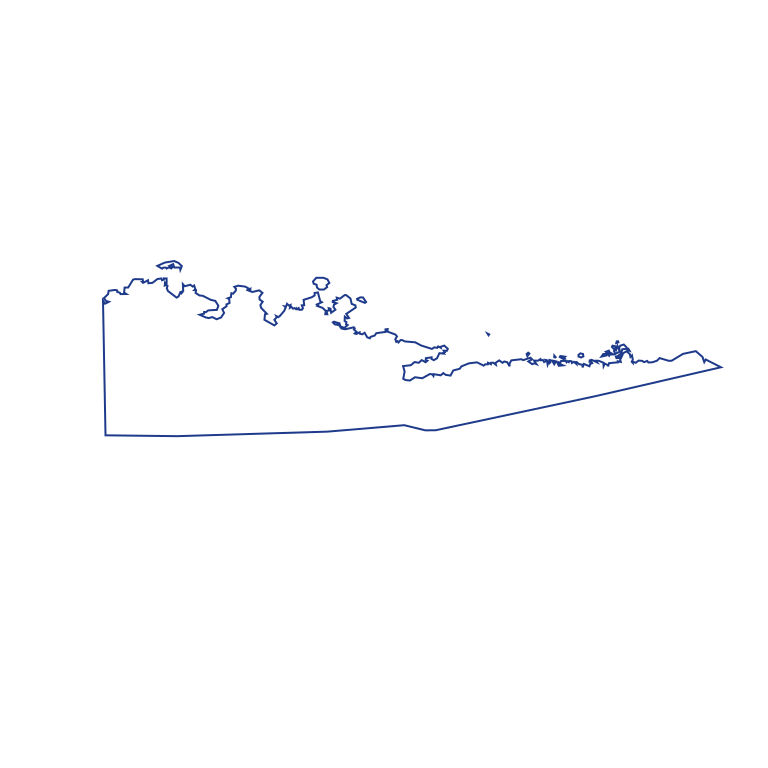 East AreAre, Malaita, Solomon Islands, rotated 299°
{"feature_id": "97153195B49171741806918", "entity_name": "East AreAre", "entity_type": "district", "adm_level": 2, "iso_a3": "SLB", "parent_name": "Solomon Islands", "parent_adm1": "Malaita", "projection": "natural_earth1", "projection_center": [161.264, -9.266], "detail": "fine", "context": "isolated", "style": "outline", "palette": "blue", "viewbox_px": 768, "rotation_deg": 299, "n_neighbors": 0, "source": "geoboundaries", "source_scale": "gbopen_adm2", "svg_char_len": 6180}
<svg xmlns="http://www.w3.org/2000/svg" viewBox="0 0 768 768"><g transform="rotate(299 384 384)"><path d="M204.1,165.3L238.1,228.4L314.9,357.6L357.8,421.7L363.5,442.6L368.6,451.6L475.5,574.4L562.0,670.6L561.4,653.5L558.4,653.5L562.1,649.4L563.9,640.8L555.3,630.9L543.8,624.3L542.3,621.7L540.3,612.5L536.8,611.5L533.2,608.3L531.0,604.8L531.8,603.0L529.2,600.9L529.4,598.6L527.9,595.3L524.6,593.9L524.2,590.5L523.1,591.3L523.5,589.9L525.9,589.8L529.3,587.0L527.2,586.4L529.3,584.6L530.2,580.3L525.8,577.6L525.4,578.5L519.7,578.8L518.1,580.4L517.2,577.5L516.4,578.1L511.3,570.7L508.1,571.5L509.0,570.7L508.9,567.2L506.1,567.4L509.0,565.5L508.4,560.4L507.1,558.1L506.2,559.9L505.8,553.8L504.4,552.5L503.1,553.0L503.9,554.6L503.2,556.0L501.4,554.6L499.1,555.1L498.5,549.1L494.8,549.7L497.0,548.1L495.9,544.8L496.6,541.8L496.0,540.9L494.9,542.1L495.5,539.4L493.5,538.2L494.8,537.0L493.9,534.8L492.7,535.0L492.8,533.2L491.5,533.0L492.3,531.7L490.0,527.7L488.2,527.8L488.4,528.8L487.8,526.5L486.7,527.0L487.1,531.5L484.7,528.1L487.4,524.1L486.7,521.7L485.7,523.3L483.8,523.3L485.9,519.9L485.4,517.5L483.6,519.0L482.6,518.7L483.7,517.2L480.3,517.7L483.8,514.9L483.4,513.7L482.9,514.7L480.8,513.4L482.0,511.3L480.7,509.5L481.6,508.7L479.1,507.4L477.2,503.9L475.3,507.7L475.0,505.5L473.2,504.0L473.7,499.3L477.4,501.5L478.0,499.3L472.4,494.2L472.2,492.0L466.4,483.9L462.7,483.9L460.4,485.3L462.8,481.1L462.0,478.3L460.0,477.4L460.5,473.3L456.5,471.3L455.1,472.5L455.6,469.2L454.3,467.2L453.1,467.8L453.0,464.7L451.6,465.3L450.2,462.9L448.4,462.3L448.0,454.8L443.2,448.2L437.0,443.2L434.0,442.8L429.4,438.0L423.6,438.1L421.9,433.4L422.3,430.6L419.1,429.4L416.7,422.7L415.0,423.3L415.8,421.4L415.0,419.3L407.6,414.7L404.9,407.8L399.6,405.0L397.9,400.9L397.9,398.3L404.9,396.0L408.9,392.0L413.5,398.4L418.0,400.1L419.4,404.1L423.2,405.4L423.2,409.8L425.4,410.7L425.3,408.8L426.9,408.1L430.4,412.7L429.0,413.4L429.0,416.0L432.2,417.9L437.8,417.5L439.5,421.5L439.8,420.6L441.2,421.8L442.1,420.1L443.5,422.9L445.7,422.8L446.8,418.1L444.1,415.6L443.2,416.2L443.1,413.1L441.4,413.0L440.5,410.3L437.9,408.9L435.7,397.9L435.6,391.1L431.4,381.7L431.2,378.5L430.4,377.2L427.3,376.5L428.0,375.0L426.8,374.3L428.6,372.2L431.9,372.3L432.8,369.9L431.5,361.6L433.8,360.6L432.5,358.8L430.3,360.1L424.7,352.6L421.9,352.4L418.7,349.4L417.1,349.4L416.7,346.7L419.4,342.2L416.9,340.9L416.3,338.6L417.4,337.7L414.3,335.5L414.0,333.9L416.3,334.7L417.1,331.2L418.5,331.4L419.0,330.1L413.1,323.6L411.9,319.9L413.7,316.1L412.3,312.0L413.1,309.4L414.2,310.0L415.5,315.7L413.2,317.8L413.9,322.2L417.9,323.6L417.8,321.9L419.9,321.1L420.0,319.0L423.9,317.1L423.4,319.9L424.8,321.4L427.0,317.0L437.2,322.2L438.9,320.9L438.4,316.9L442.5,313.2L443.4,307.9L442.7,306.5L437.3,304.1L436.6,300.8L434.9,302.2L431.9,299.0L430.8,299.4L431.6,303.3L429.1,301.8L426.9,302.4L425.4,305.5L420.7,303.2L423.9,300.7L423.5,298.9L421.8,300.5L420.1,298.2L417.5,300.6L416.6,298.8L419.7,297.7L420.8,293.4L419.9,287.7L420.9,288.0L421.1,286.8L425.4,290.0L425.6,288.0L432.0,281.8L430.0,279.2L427.8,280.4L424.8,278.7L418.6,272.9L414.2,276.0L413.0,274.0L410.9,276.4L409.2,276.2L407.8,273.9L409.0,272.6L407.5,272.0L407.8,270.7L406.8,270.7L407.0,269.0L405.8,267.9L406.6,265.6L405.1,264.8L407.8,263.9L406.5,262.9L407.1,260.3L404.1,260.8L403.7,259.6L403.4,260.8L399.7,261.3L392.8,259.9L391.3,259.2L391.2,256.8L390.4,257.9L387.0,257.0L385.0,260.8L382.1,259.7L382.2,248.3L387.3,246.1L388.6,247.5L391.1,239.4L393.2,237.6L397.2,238.0L397.6,234.2L399.8,232.8L404.8,233.5L405.4,229.4L400.7,224.3L400.3,222.0L402.2,221.1L400.1,220.4L399.9,218.9L401.9,219.1L401.9,215.4L399.3,208.8L396.4,206.0L395.5,208.4L393.7,209.1L389.9,208.3L389.4,206.5L385.7,208.0L383.2,205.8L383.3,207.4L380.0,209.6L377.2,207.6L375.6,208.6L371.1,206.3L368.6,209.7L363.1,209.2L359.5,206.2L359.3,201.4L356.7,198.8L355.8,195.9L355.2,189.2L358.3,192.5L359.8,191.8L360.5,193.4L363.2,194.6L367.8,201.9L372.1,201.2L374.9,196.2L373.6,191.6L373.3,182.8L372.0,179.7L372.3,175.1L374.9,174.1L374.2,172.6L375.5,173.0L378.1,170.2L376.5,169.5L376.9,166.5L372.9,162.3L373.8,159.7L368.0,163.3L366.2,162.0L366.1,163.1L364.9,162.8L365.3,161.5L360.8,161.8L359.0,160.7L360.6,150.0L362.4,147.6L364.9,147.1L365.2,145.8L363.8,144.5L366.4,143.4L365.8,145.1L366.6,145.1L370.9,142.7L369.6,140.2L368.6,140.8L367.1,139.6L368.3,138.0L365.9,134.9L360.3,132.5L357.9,129.1L360.3,127.3L355.7,124.3L356.0,123.0L356.6,123.8L358.6,122.2L354.8,115.0L353.4,113.9L344.4,113.5L342.6,110.4L338.0,112.3L337.8,115.0L334.9,110.0L335.8,108.7L335.2,106.1L336.5,105.2L335.9,103.2L332.0,98.0L328.8,99.1L323.3,97.4L321.9,100.7L322.5,103.5L319.0,101.1L320.7,97.8L204.1,165.3ZM448.1,283.8L447.5,279.5L444.1,273.3L439.2,272.2L437.6,274.0L438.2,276.9L435.9,278.6L435.3,281.7L437.5,285.7L441.2,287.3L442.5,285.8L445.9,287.2L448.1,283.8ZM390.3,145.5L389.8,140.8L384.0,133.5L377.4,128.5L377.3,134.0L378.7,134.5L380.1,136.8L379.6,137.9L381.7,139.3L382.0,142.0L383.8,142.3L383.5,139.2L386.6,141.5L384.2,144.1L386.9,149.1L385.2,150.5L389.1,150.0L390.3,145.5ZM534.8,574.6L532.0,572.0L530.0,572.0L527.1,574.2L526.3,576.5L529.9,575.6L532.4,579.1L533.7,578.3L534.8,574.6ZM449.5,323.7L448.3,321.3L445.4,319.2L444.7,319.8L445.7,328.0L447.0,328.6L449.5,323.7ZM530.6,569.6L526.1,570.5L526.8,569.2L524.4,569.1L522.4,571.6L526.6,574.5L530.6,569.6ZM506.7,543.5L506.0,540.9L503.8,540.0L502.3,540.8L502.8,543.6L504.8,545.0L506.7,543.5ZM522.2,564.5L519.7,562.3L517.9,567.2L520.3,567.0L519.9,565.1L521.0,566.0L522.2,564.5ZM495.6,529.0L494.0,524.7L492.8,524.7L492.9,528.9L493.9,530.0L494.5,528.5L495.6,529.0ZM518.2,564.3L516.6,561.3L513.4,560.9L516.9,564.8L518.2,564.3ZM525.1,576.3L522.4,575.1L521.4,577.2L523.4,578.2L525.1,576.3ZM529.1,567.9L528.3,565.3L526.9,565.4L526.1,568.1L527.6,569.1L529.1,567.9ZM522.0,575.5L520.3,573.6L519.3,574.8L520.9,577.3L522.0,575.5ZM481.3,494.9L479.4,494.2L477.9,495.9L481.1,496.4L481.3,494.9ZM533.4,580.5L532.8,579.5L531.7,580.6L532.1,582.7L533.4,580.5ZM521.0,570.2L521.1,567.9L519.9,568.4L521.0,570.2ZM534.8,568.1L534.1,566.9L532.5,567.3L534.1,568.8L534.8,568.1ZM478.4,451.9L478.3,450.0L477.3,451.8L478.4,451.9ZM491.4,519.2L490.0,519.9L490.2,521.0L490.7,521.1L491.4,519.2Z" fill="none" stroke="#1e3a8a" stroke-width="2"/></g></svg>